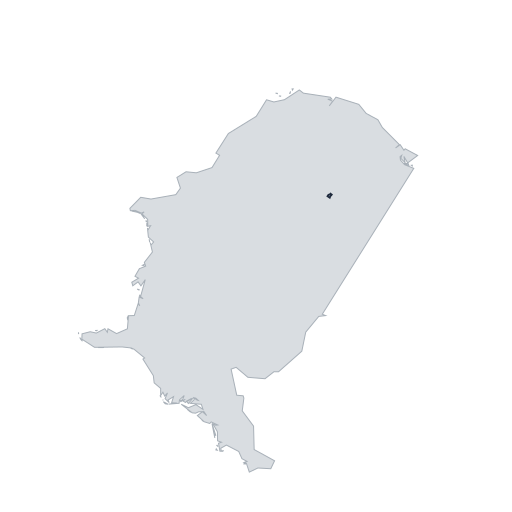 Madison, Idaho, United States of America (highlighted), rotated 124°
{"feature_id": "52423323B1812504540998", "entity_name": "Madison", "entity_type": "district", "adm_level": 2, "iso_a3": "USA", "parent_name": "United States of America", "parent_adm1": "Idaho", "projection": "orthographic", "projection_center": [-111.697, 43.776], "detail": "fine", "context": "in_parent", "style": "filled", "palette": "slate", "viewbox_px": 512, "rotation_deg": 124, "n_neighbors": 0, "source": "geoboundaries", "source_scale": "gbopen_adm2", "svg_char_len": 4182}
<svg xmlns="http://www.w3.org/2000/svg" viewBox="0 0 512 512"><g transform="rotate(124 256 256)"><path d="M398.4,162.9L417.5,149.3L415.4,126.1L424.1,124.8L430.7,135.9L438.9,140.7L433.2,148.1L433.9,150.5L431.3,148.6L431.9,154.3L427.7,161.0L429.3,174.8L435.1,177.7L437.1,175.7L435.4,174.0L436.6,174.5L438.0,176.8L432.2,182.4L429.7,180.5L430.7,184.5L423.3,189.7L419.3,197.7L418.8,194.7L417.5,193.3L418.6,200.4L420.7,200.7L422.4,206.3L421.1,215.4L415.0,213.3L415.9,207.7L414.1,212.2L417.2,216.4L420.1,218.2L421.7,221.2L420.7,235.1L419.6,227.2L412.8,222.7L412.8,214.2L409.5,218.4L414.9,228.1L409.7,226.9L408.3,228.0L408.4,224.1L408.0,223.1L407.5,226.3L408.3,228.6L416.1,229.6L415.4,232.1L411.2,229.9L409.9,229.7L415.1,232.4L416.9,232.6L417.0,235.6L414.3,234.5L418.8,237.0L418.3,237.9L416.1,236.6L411.8,237.5L418.1,239.0L421.1,237.4L427.6,245.5L422.2,239.5L424.8,243.9L418.7,245.7L424.6,248.4L426.1,246.0L425.1,251.6L419.0,252.8L423.2,253.4L421.0,257.0L425.0,257.0L419.1,261.0L418.1,269.5L412.6,274.2L404.7,292.1L402.8,291.3L401.5,304.9L402.0,308.0L406.3,316.2L422.0,338.8L422.3,353.9L417.8,356.7L411.5,351.1L409.2,345.3L400.8,340.7L402.4,336.6L399.1,338.0L398.3,328.2L388.3,321.9L376.8,328.3L373.4,323.6L361.3,327.1L362.3,324.5L360.7,327.3L355.4,329.9L354.5,325.7L354.2,329.0L337.5,334.6L345.1,334.7L343.4,339.3L349.6,341.5L347.2,344.3L340.1,341.0L340.5,345.0L331.7,345.6L326.1,341.8L323.7,345.0L310.6,344.1L304.1,351.1L305.7,349.2L301.6,348.7L300.5,355.8L293.4,361.7L295.0,360.1L289.8,360.3L291.9,362.3L286.2,366.3L284.8,374.1L282.0,373.4L284.5,375.0L285.8,381.8L288.7,385.5L287.0,387.2L271.8,384.4L267.5,374.9L250.0,356.8L242.0,356.6L235.1,365.5L225.3,361.1L220.4,352.0L207.3,341.9L192.9,342.5L193.1,346.8L169.9,347.4L140.1,333.9L120.6,334.6L118.3,327.3L110.5,319.8L94.1,312.9L94.5,307.8L82.8,283.2L83.5,280.8L85.9,284.2L84.7,279.0L90.6,279.2L79.6,278.5L72.8,255.6L76.2,244.4L74.9,231.1L78.8,223.2L83.5,199.4L88.4,200.7L83.1,198.7L85.6,192.5L83.7,192.3L82.3,178.2L94.0,182.3L90.7,189.1L95.2,184.6L94.1,190.5L91.0,191.5L93.1,192.1L95.7,189.9L97.2,183.9L95.1,174.2L267.2,168.5L266.5,165.0L271.0,170.2L291.3,172.2L309.3,164.8L339.4,172.6L341.9,176.4L352.7,179.9L361.1,194.9L359.4,210.2L363.7,213.4L382.2,194.1L379.1,188.5L380.6,186.6L392.1,180.8L398.4,162.9ZM426.8,191.0L429.9,188.4L419.5,198.8L427.4,188.8L426.8,191.0ZM95.3,180.1L96.4,184.1L96.2,184.7L94.3,181.5L95.3,180.1ZM288.3,384.3L285.7,378.7L285.4,375.2L286.1,378.8L288.3,384.3ZM434.2,148.1L435.1,149.8L434.4,149.8L434.2,148.1ZM326.6,343.5L327.2,344.9L325.6,344.1L326.6,343.5ZM100.2,319.4L102.1,318.7L102.3,319.0L100.2,319.4ZM98.1,318.6L97.3,319.5L96.7,318.6L98.1,318.6ZM435.3,180.9L434.9,182.6L434.6,182.4L435.3,180.9ZM286.1,371.9L285.4,374.8L287.4,369.1L286.1,371.9ZM417.2,331.3L420.2,335.7L416.8,330.9L417.2,331.3ZM109.8,324.9L110.5,326.5L109.6,325.0L109.8,324.9ZM423.2,354.4L422.1,356.6L423.7,352.2L423.2,354.4ZM429.3,248.6L428.6,251.3L428.0,245.9L429.3,248.6ZM94.0,176.8L93.9,177.9L93.3,177.2L94.0,176.8ZM292.1,363.4L289.5,365.1L292.1,363.0L292.1,363.4ZM438.7,179.5L439.2,180.8L438.1,181.1L438.7,179.5ZM109.5,329.1L110.0,330.9L109.2,329.2L109.5,329.1ZM288.9,366.3L287.9,367.2L288.7,365.9L288.9,366.3ZM422.0,223.6L421.6,227.1L421.8,222.5L422.0,223.6ZM303.4,352.5L301.8,354.0L304.1,351.6L303.4,352.5ZM402.2,306.2L402.5,308.5L401.9,307.1L402.2,306.2ZM425.7,257.0L425.3,257.7L426.2,255.4L425.7,257.0ZM381.0,326.4L379.2,328.2L378.4,328.3L381.0,326.4ZM354.5,329.8L354.2,330.3L353.0,330.6L354.5,329.8ZM407.1,346.3L407.7,347.7L406.6,346.2L407.1,346.3ZM349.8,334.5L349.8,336.0L349.2,333.5L349.8,334.5ZM419.6,359.8L418.5,360.5L419.9,359.4L419.6,359.8ZM422.5,207.4L422.4,209.1L422.4,206.8L422.5,207.4ZM427.6,252.2L427.2,253.0L427.6,252.2Z" fill="#d9dde1" stroke="#a8b0b8" stroke-width="1"/><path d="M166.6,227.4L166.4,227.5L166.1,227.5L166.0,227.4L165.9,227.4L165.7,227.5L165.5,227.8L164.5,227.8L164.5,227.7L163.5,227.7L163.5,227.4L162.6,227.4L162.6,228.6L162.5,229.1L162.8,229.1L162.9,228.9L163.0,229.0L163.3,229.2L163.4,229.4L163.6,229.4L163.7,229.5L163.8,229.6L164.0,229.8L164.4,230.0L165.0,230.0L165.0,230.3L165.4,230.3L165.7,230.3L166.6,230.3L166.6,227.8L166.6,227.4Z" fill="#64748b" stroke="#1e293b" stroke-width="1.5"/></g></svg>